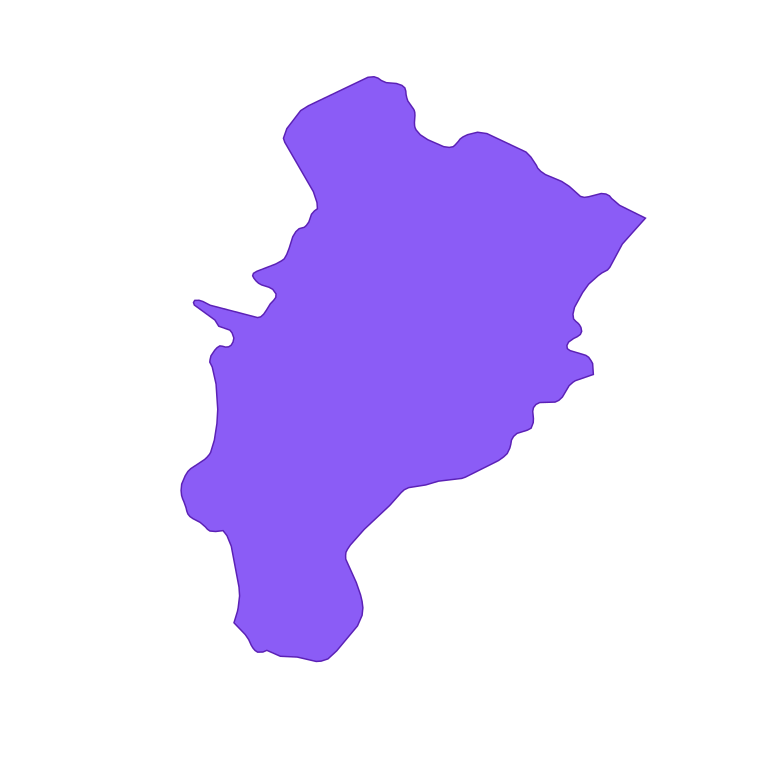 SVG path tracing the border of Kildare, rotated 16°
{"feature_id": "IRL-721", "entity_name": "Kildare", "entity_type": "County", "adm_level": 1, "iso_a3": "IRL", "parent_name": "Ireland", "parent_adm1": "", "projection": "mercator", "projection_center": [-6.829, 53.156], "detail": "fine", "context": "isolated", "style": "filled", "palette": "violet", "viewbox_px": 768, "rotation_deg": 16, "n_neighbors": 0, "source": "natural_earth", "source_scale": "10m", "svg_char_len": 2908}
<svg xmlns="http://www.w3.org/2000/svg" viewBox="0 0 768 768"><g transform="rotate(16 384 384)"><path d="M425.2,623.8L412.1,653.5L405.9,663.7L400.0,667.7L395.3,669.4L375.8,670.4L359.4,674.3L344.8,672.3L341.5,675.0L336.4,676.6L333.5,675.7L330.9,674.0L328.5,671.8L324.4,667.0L319.7,663.1L305.6,654.9L305.8,643.0L305.5,639.3L303.6,627.5L300.6,619.2L281.9,582.0L274.9,573.1L269.7,569.3L262.8,572.2L257.2,573.3L254.3,572.3L251.7,570.6L245.4,567.7L237.5,566.1L234.0,564.9L231.3,563.0L229.4,560.4L227.8,557.5L224.1,552.3L222.1,549.9L220.1,546.8L218.3,542.3L217.1,536.0L218.2,527.0L219.6,522.1L221.6,518.6L232.2,506.2L234.0,503.3L235.6,499.8L236.2,497.4L236.4,484.7L234.3,468.1L231.2,454.3L222.6,430.4L214.2,415.0L210.5,411.0L210.1,408.6L209.9,404.6L212.0,398.1L213.5,395.1L215.7,392.6L218.5,392.2L221.5,392.2L224.4,391.1L226.4,388.8L227.3,385.2L227.0,381.2L223.9,376.8L221.0,374.7L209.2,374.0L203.8,369.1L179.9,360.4L178.4,358.2L179.0,355.8L183.2,354.5L187.2,354.6L195.2,356.2L244.2,355.0L247.0,353.4L249.1,350.0L250.7,345.2L252.6,338.3L254.8,334.1L256.1,330.6L255.4,327.2L251.0,323.7L246.8,322.7L239.0,322.5L235.6,321.7L232.6,320.2L229.9,318.3L227.9,316.2L228.0,313.6L230.7,310.7L246.7,298.6L251.5,293.9L253.6,291.2L254.8,286.3L255.4,279.6L255.7,267.6L257.3,261.8L259.6,258.1L264.2,255.3L265.7,252.9L267.1,248.9L267.5,240.8L269.4,236.8L271.7,233.9L269.6,228.1L263.1,218.6L222.0,179.0L219.6,175.5L220.2,165.3L228.5,144.2L234.7,137.3L284.0,93.6L289.7,91.4L294.0,91.6L297.8,93.0L303.1,93.7L313.1,91.7L318.9,92.0L322.4,93.6L324.2,96.4L325.4,99.6L327.0,102.6L328.9,105.4L336.5,111.5L337.6,112.6L338.7,114.4L339.7,117.3L341.2,124.3L342.2,127.2L343.0,128.8L344.8,130.9L350.1,134.4L358.8,137.1L376.0,139.4L381.5,138.6L385.1,136.8L386.5,134.6L388.6,130.3L389.6,127.6L391.8,124.7L395.6,121.3L404.5,116.2L413.9,114.9L456.6,121.9L462.7,125.4L470.2,131.8L472.2,134.1L476.1,136.4L481.4,138.2L499.0,140.3L507.7,143.0L521.1,149.5L525.1,149.4L529.1,147.6L540.3,141.0L545.0,140.2L548.9,141.0L551.6,142.9L561.2,147.3L589.6,152.5L580.5,171.3L574.5,183.8L568.9,209.6L567.4,212.8L562.9,217.1L560.0,220.8L553.2,231.6L549.7,241.4L546.0,257.7L546.4,264.8L548.3,269.2L551.1,270.9L553.8,272.1L555.5,273.2L557.7,275.3L559.5,278.9L559.1,282.2L556.8,285.2L553.7,288.0L549.9,292.8L549.2,296.6L550.5,299.5L553.7,300.6L570.1,300.8L573.4,301.9L576.6,304.5L578.9,306.8L582.6,317.1L567.0,328.1L565.1,330.3L562.4,334.6L559.1,347.3L556.6,351.5L553.5,354.2L538.8,358.9L535.7,361.8L534.2,365.5L534.5,369.3L537.2,376.1L538.1,380.0L537.6,385.9L534.6,388.8L525.5,394.8L523.0,398.7L522.0,402.8L522.5,407.0L522.6,411.0L521.6,416.9L519.1,421.1L515.2,426.0L487.9,451.1L484.8,453.3L463.1,462.4L452.0,469.5L436.3,476.8L432.6,480.1L430.4,483.7L422.9,499.3L405.1,529.1L396.0,548.1L394.5,552.8L393.8,556.3L394.4,559.5L395.5,562.9L412.1,582.5L419.6,593.2L422.8,598.9L425.4,605.0L426.7,612.4L425.2,623.8Z" fill="#8b5cf6" stroke="#5b21b6" stroke-width="1.5"/></g></svg>